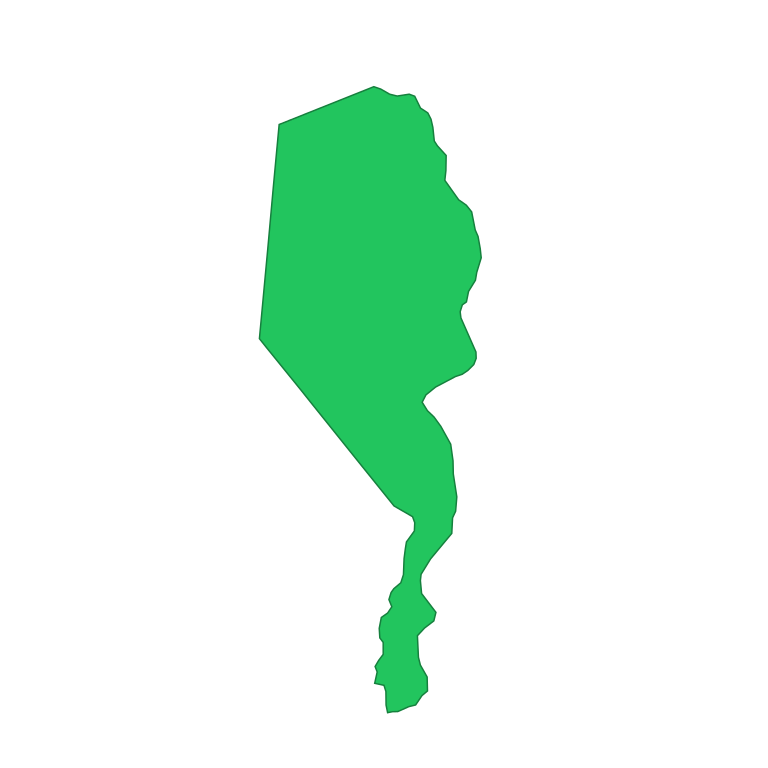 Jardim de Piranhas, Rio Grande do Norte, Brazil (Robinson projection), rotated 140°
{"feature_id": "56859067B64681620711629", "entity_name": "Jardim de Piranhas", "entity_type": "district", "adm_level": 2, "iso_a3": "BRA", "parent_name": "Brazil", "parent_adm1": "Rio Grande do Norte", "projection": "robinson", "projection_center": [-37.255, -6.303], "detail": "fine", "context": "isolated", "style": "filled", "palette": "green", "viewbox_px": 768, "rotation_deg": 140, "n_neighbors": 0, "source": "geoboundaries", "source_scale": "gbopen_adm2", "svg_char_len": 1383}
<svg xmlns="http://www.w3.org/2000/svg" viewBox="0 0 768 768"><g transform="rotate(140 384 384)"><path d="M572.4,173.3L574.3,167.8L583.5,160.7L577.7,153.2L580.2,147.2L588.8,136.7L592.5,129.9L588.1,127.5L584.0,124.2L572.4,120.9L566.1,117.8L555.2,120.9L548.0,120.9L539.3,131.8L536.8,145.3L533.3,152.5L520.2,169.7L509.8,171.0L498.1,170.5L491.0,175.7L489.9,199.3L482.5,210.0L477.9,214.4L460.7,220.1L428.1,226.0L417.5,237.4L410.9,240.5L400.8,250.7L388.7,270.6L380.5,280.8L371.6,295.0L367.7,315.0L366.9,326.6L367.9,335.6L366.5,345.5L358.9,348.7L346.4,348.5L324.5,343.8L317.9,341.2L311.1,340.5L302.7,341.2L296.9,344.4L293.0,349.4L282.6,385.2L279.2,390.4L273.1,394.3L268.1,393.9L259.7,400.6L247.3,404.7L241.2,409.9L228.4,418.2L223.3,425.8L217.1,436.6L215.1,443.4L206.2,459.5L206.0,468.1L208.4,477.1L206.5,500.9L199.4,507.7L189.5,519.1L190.0,532.2L189.3,537.8L181.6,549.2L177.8,556.6L176.2,563.5L178.7,571.9L175.5,584.7L178.4,589.8L188.8,596.1L193.4,602.4L196.9,612.0L200.7,618.3L297.5,650.2L343.3,604.9L386.3,562.1L450.3,498.8L450.6,487.2L451.5,433.8L452.0,413.5L453.7,335.4L454.7,284.1L447.4,264.0L449.6,258.0L455.2,251.9L468.3,248.6L473.3,244.3L480.8,237.4L491.7,225.4L498.9,220.9L507.9,220.9L512.6,219.7L518.8,215.7L521.2,208.3L528.5,206.2L536.1,206.9L544.7,199.9L550.4,192.2L550.7,186.6L558.4,177.4L565.7,175.7L572.4,173.3Z" fill="#22c55e" stroke="#15803d" stroke-width="1.5"/></g></svg>